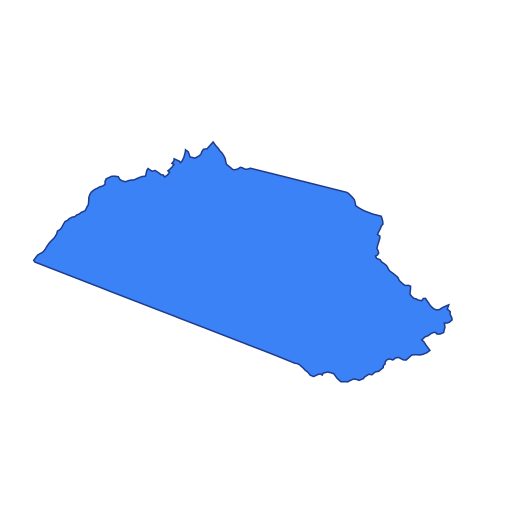 outline of Piraquê, Tocantins, Brazil, rotated 111°
{"feature_id": "56859067B33098244249330", "entity_name": "Piraquê", "entity_type": "district", "adm_level": 2, "iso_a3": "BRA", "parent_name": "Brazil", "parent_adm1": "Tocantins", "projection": "orthographic", "projection_center": [-48.258, -6.735], "detail": "fine", "context": "isolated", "style": "filled", "palette": "blue", "viewbox_px": 512, "rotation_deg": 111, "n_neighbors": 0, "source": "geoboundaries", "source_scale": "gbopen_adm2", "svg_char_len": 3329}
<svg xmlns="http://www.w3.org/2000/svg" viewBox="0 0 512 512"><g transform="rotate(111 256 256)"><path d="M303.9,450.3L306.7,450.0L310.0,450.5L312.0,451.1L314.6,452.3L317.4,453.5L320.0,454.2L322.5,454.8L324.9,455.1L326.8,455.7L328.9,456.5L330.9,458.2L333.4,460.2L336.7,461.2L339.7,462.0L340.9,460.3L341.2,386.4L341.3,379.6L341.3,377.2L341.3,375.1L341.3,370.5L341.4,329.0L341.4,308.8L341.5,303.7L341.5,296.5L341.5,292.5L341.5,283.4L341.7,231.1L341.7,227.1L341.7,222.4L341.7,217.8L341.8,200.9L342.2,181.4L341.7,179.0L341.8,176.8L343.8,171.5L345.0,169.2L345.9,165.9L347.8,162.8L347.9,159.0L345.7,156.9L344.1,155.3L343.0,153.5L343.5,151.5L341.3,151.3L338.6,147.5L338.2,144.1L338.0,141.3L339.4,139.1L341.1,136.5L342.2,133.8L343.0,131.6L341.4,127.7L340.7,125.4L338.8,123.7L336.0,121.0L335.2,118.1L335.2,115.3L332.0,111.8L330.1,111.3L326.0,108.3L325.3,105.2L321.5,103.1L319.6,100.0L317.1,98.7L314.6,97.2L312.7,97.9L310.8,96.8L308.5,97.4L306.2,96.7L304.3,94.7L304.0,90.9L301.2,89.2L299.6,86.6L300.2,81.2L299.3,78.5L292.6,75.1L290.8,71.4L289.8,67.9L288.3,65.3L285.0,61.8L281.8,59.8L278.0,65.8L275.9,68.6L274.9,71.1L271.0,69.3L268.7,66.7L265.9,65.0L263.8,62.9L263.0,61.0L264.0,59.1L262.9,56.2L260.2,53.4L257.5,53.8L254.7,54.1L251.1,56.1L250.0,53.4L248.5,51.7L245.4,50.0L243.2,51.3L241.0,53.8L238.3,54.8L237.0,58.4L232.5,58.5L234.1,60.3L237.2,63.3L240.3,65.6L241.5,67.7L241.7,70.8L240.8,73.1L239.9,75.4L238.3,77.6L236.8,79.8L234.8,82.6L235.7,84.6L238.3,85.2L239.0,88.7L238.6,91.2L239.0,93.5L237.9,96.2L236.4,98.6L232.2,99.7L228.8,100.8L228.7,103.0L230.1,106.3L229.2,109.5L227.6,113.4L225.1,115.9L224.3,118.2L223.1,121.9L222.2,125.4L221.0,127.5L219.5,129.0L218.1,130.9L217.2,133.7L216.5,136.7L215.0,138.8L215.0,142.5L213.2,144.5L211.5,142.9L209.3,142.5L207.3,144.0L205.6,145.9L201.9,146.3L198.1,146.5L194.9,146.8L193.0,147.5L192.4,150.3L189.5,150.1L185.5,149.7L182.8,149.7L180.7,148.9L177.9,150.3L176.0,151.7L174.0,153.3L174.5,158.1L174.9,160.9L175.0,163.9L175.0,168.5L175.0,171.0L174.7,173.9L174.1,177.8L173.3,181.0L171.2,182.2L168.2,184.4L166.6,187.1L164.4,192.1L164.1,194.4L169.4,238.4L169.7,240.6L170.1,243.8L171.3,254.1L176.1,292.9L177.6,294.4L178.9,297.2L178.5,300.1L178.8,302.4L181.1,304.0L183.1,306.7L183.6,308.8L182.8,310.8L181.6,314.5L181.0,316.4L179.2,317.8L176.1,319.7L174.3,321.6L172.1,324.5L170.6,327.7L169.1,329.7L168.0,331.9L167.1,333.6L164.9,336.9L173.4,340.1L175.3,343.4L178.5,344.0L180.8,343.9L182.9,345.0L186.4,348.0L187.2,353.1L183.0,356.6L182.1,359.9L184.2,359.3L189.6,358.7L193.4,359.0L195.9,360.0L194.9,361.7L194.6,367.3L196.6,366.7L199.7,367.7L199.9,365.4L202.9,366.2L205.8,367.5L208.1,368.8L208.9,366.7L212.2,367.7L215.0,369.7L213.6,371.5L214.1,373.7L213.0,377.5L212.3,380.9L214.0,383.1L213.7,385.7L213.0,388.1L215.1,388.6L217.7,388.2L221.0,387.8L222.7,390.9L224.6,393.1L226.5,395.1L228.7,397.1L229.4,399.0L231.0,401.6L233.5,404.6L233.8,408.2L233.2,410.8L231.3,413.0L232.1,416.5L233.3,419.3L236.1,422.0L237.6,423.5L240.4,423.7L243.2,422.6L245.7,424.2L247.2,426.5L249.5,428.3L251.4,430.2L253.1,431.4L255.5,432.7L258.3,433.2L261.3,433.0L265.0,431.8L268.2,430.9L270.5,431.4L273.1,431.5L275.2,431.9L276.6,433.5L278.3,435.1L280.1,436.0L281.9,438.1L284.3,439.3L285.5,441.5L288.0,443.7L290.5,444.9L292.2,446.6L295.5,447.2L298.4,447.5L301.2,448.2L303.9,450.3Z" fill="#3b82f6" stroke="#1e3a8a" stroke-width="1.5"/></g></svg>